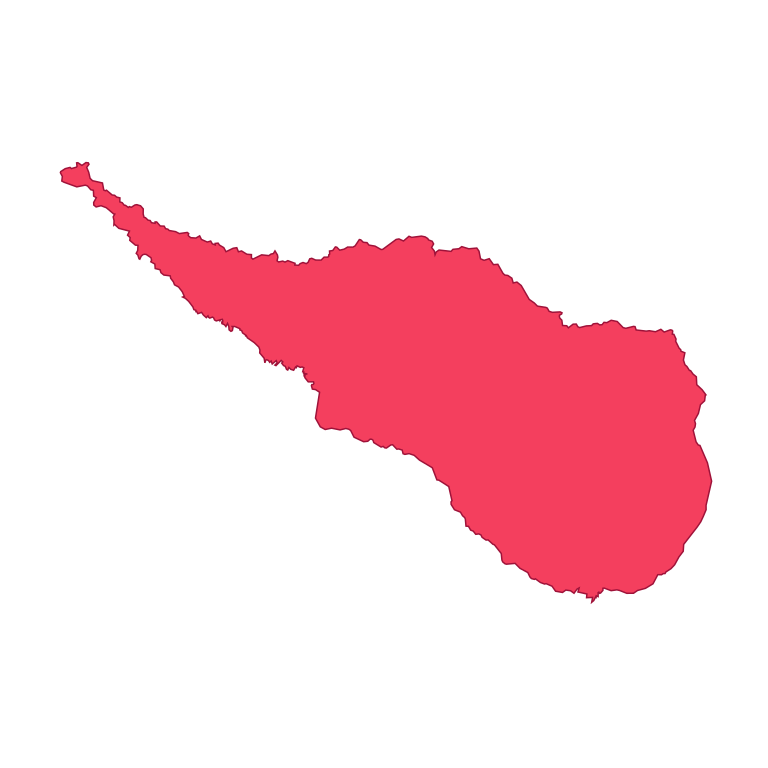 outline of Xico, Veracruz, Mexico, rotated 182°
{"feature_id": "50627088B25862533799100", "entity_name": "Xico", "entity_type": "district", "adm_level": 2, "iso_a3": "MEX", "parent_name": "Mexico", "parent_adm1": "Veracruz", "projection": "albers", "projection_center": [-97.003, 19.446], "detail": "fine", "context": "isolated", "style": "filled", "palette": "rose", "viewbox_px": 768, "rotation_deg": 182, "n_neighbors": 0, "source": "geoboundaries", "source_scale": "gbopen_adm2", "svg_char_len": 6122}
<svg xmlns="http://www.w3.org/2000/svg" viewBox="0 0 768 768"><g transform="rotate(182 384 384)"><path d="M63.0,378.4L62.5,384.2L61.9,384.4L65.9,389.4L71.4,394.2L72.1,402.1L75.5,404.7L78.1,408.1L79.2,408.2L81.9,412.1L83.9,413.7L85.6,418.4L84.4,425.7L88.3,427.1L88.7,428.7L90.3,430.1L94.0,436.9L93.7,439.1L96.0,443.7L97.6,443.9L97.3,447.0L98.2,447.9L99.8,448.1L105.8,445.7L109.2,448.3L114.5,445.7L120.7,446.5L123.8,446.0L133.9,446.8L135.1,450.1L136.6,450.3L144.3,448.1L147.0,448.7L153.1,454.6L159.2,455.6L163.4,453.1L166.3,453.3L168.1,450.9L170.5,450.6L172.8,452.0L174.7,451.8L177.0,451.4L178.6,449.6L183.9,449.1L190.5,447.2L192.3,448.0L193.9,450.6L197.1,450.4L201.7,446.6L203.4,448.6L207.6,448.7L208.5,454.0L210.6,456.0L211.1,457.5L211.0,458.9L208.9,460.2L208.6,461.4L210.5,462.2L218.3,461.5L221.5,462.4L223.5,465.6L224.9,466.2L233.4,467.2L236.6,470.2L241.8,473.6L250.3,487.2L254.7,490.5L258.4,489.5L259.9,494.2L264.0,496.8L267.1,497.1L269.0,498.8L274.4,507.6L278.8,507.1L283.2,512.9L288.3,511.1L291.9,512.5L293.7,520.1L296.0,523.1L304.0,522.1L311.1,524.0L313.9,521.8L319.8,521.0L321.6,518.9L333.7,519.8L336.4,517.8L337.5,514.9L338.3,518.6L341.2,522.1L339.3,525.7L340.8,528.3L344.6,529.6L345.3,530.9L348.1,532.5L351.8,533.1L361.4,531.5L364.2,532.5L369.5,527.6L374.1,529.5L376.9,528.9L390.0,518.5L391.6,518.3L397.8,521.5L403.9,522.3L405.9,524.7L409.6,524.9L412.3,527.3L413.7,527.5L417.7,521.0L419.9,519.7L425.1,519.6L428.5,517.4L432.9,516.2L436.0,519.1L437.4,519.3L439.9,515.6L443.1,515.0L442.8,512.0L443.7,511.2L443.8,509.4L444.8,508.8L448.3,508.7L451.2,505.6L456.7,505.5L460.6,507.1L462.6,506.5L464.1,502.9L465.9,501.6L469.2,502.6L472.0,501.4L473.5,499.6L477.3,499.8L477.1,501.5L484.4,503.9L487.2,502.4L489.5,503.3L493.6,502.3L495.2,503.4L494.5,506.9L495.0,509.2L497.6,513.2L499.1,510.5L501.5,509.9L503.5,508.3L510.8,508.8L519.4,504.2L520.9,505.4L521.0,508.7L525.6,508.9L531.0,512.0L534.1,511.1L535.9,515.1L539.5,514.4L546.5,510.7L548.9,514.7L553.3,517.1L554.7,519.0L557.7,518.6L557.5,517.1L560.5,518.1L562.2,520.8L565.6,519.7L571.5,522.1L573.4,525.6L577.1,523.3L582.3,523.5L584.5,525.2L584.9,525.9L584.4,527.5L585.9,528.6L593.8,527.2L597.6,529.0L604.0,529.9L605.4,531.2L607.7,531.6L609.2,534.1L613.1,534.1L616.8,538.0L618.4,538.0L618.4,536.6L622.0,537.1L623.4,539.2L625.5,539.5L628.2,541.9L629.6,542.2L630.6,545.5L630.7,550.6L633.5,553.6L637.3,554.6L639.2,554.2L642.7,551.8L644.7,552.4L645.7,551.5L648.5,553.5L649.8,553.6L652.0,556.1L654.4,556.8L654.4,560.8L657.8,561.5L659.8,563.2L662.3,563.4L668.1,568.0L669.2,567.4L670.8,568.0L672.4,575.1L682.4,577.0L684.9,579.3L686.5,585.3L688.7,590.1L686.5,593.3L687.2,594.7L689.6,594.9L693.5,591.9L697.7,594.5L698.9,594.3L698.4,590.8L698.9,590.0L703.9,588.4L705.3,589.5L710.1,588.1L714.5,585.0L714.8,583.9L712.7,580.2L713.1,575.6L710.9,574.5L697.9,570.3L689.5,572.3L687.2,571.6L683.8,567.9L681.2,567.4L680.7,561.6L678.0,560.2L680.5,555.3L680.3,552.7L677.9,550.9L673.0,552.3L667.7,550.5L660.2,544.6L659.0,544.4L660.5,541.6L659.5,537.8L659.5,533.4L658.8,534.1L654.4,530.3L643.7,527.9L645.5,523.8L642.8,521.5L643.1,518.7L637.3,514.1L634.7,514.0L634.8,508.9L636.2,505.9L634.5,504.3L633.2,500.6L632.4,500.2L631.2,503.1L629.6,504.8L628.0,505.3L626.2,505.2L621.3,502.1L620.6,499.6L621.3,498.0L617.2,495.9L616.7,491.4L611.8,490.4L610.8,487.5L607.8,485.2L601.4,484.6L600.9,482.2L598.1,478.8L596.8,475.8L592.7,473.8L588.8,469.1L586.6,464.6L588.2,463.9L585.5,462.7L582.1,459.8L577.7,454.4L576.6,451.7L574.6,451.1L574.5,449.8L573.8,449.9L572.5,447.8L568.8,449.2L566.9,446.6L563.9,444.1L562.3,446.0L561.6,444.5L560.4,443.8L557.7,444.9L556.6,444.2L555.6,442.1L553.9,441.2L550.6,442.2L550.2,441.4L549.5,442.6L547.8,443.0L547.3,441.5L547.4,440.5L547.8,440.9L548.3,440.1L548.1,438.7L545.4,437.6L544.0,435.9L542.5,439.1L541.1,436.0L540.7,432.7L538.8,431.3L537.4,432.1L536.9,435.2L537.7,436.2L535.2,436.3L530.0,434.3L529.9,433.0L528.1,432.4L527.1,430.1L524.2,428.2L524.0,427.3L523.3,427.6L522.2,425.4L515.2,420.9L510.3,416.5L509.2,413.6L509.3,410.7L504.7,405.6L503.8,401.0L502.9,403.8L502.0,404.2L500.2,403.4L499.0,401.7L497.6,403.0L496.4,400.1L492.5,403.6L491.5,401.4L493.7,399.1L492.6,398.6L487.6,404.0L485.9,402.5L487.0,401.3L485.0,398.9L483.3,398.2L481.9,395.2L480.7,394.6L479.6,397.2L477.7,395.4L474.8,394.6L473.0,397.9L472.2,397.3L471.5,399.1L468.2,397.7L466.5,398.2L464.7,397.5L465.7,393.4L464.5,393.1L464.8,392.1L464.2,391.7L460.9,391.4L464.2,390.7L464.1,389.5L462.6,389.8L464.0,389.3L463.0,387.2L459.8,383.5L454.5,383.7L454.1,382.2L454.6,381.1L456.1,380.9L456.5,379.8L455.4,376.4L452.2,376.0L448.1,373.5L451.3,347.5L446.2,339.0L441.2,336.5L434.9,338.0L426.3,336.6L420.6,338.2L417.6,337.6L415.7,336.4L412.1,329.8L402.3,325.6L398.2,326.2L395.9,328.4L394.3,328.3L393.0,327.4L392.2,325.1L384.7,320.9L382.7,321.6L380.9,320.2L379.3,320.1L375.1,323.3L373.3,323.6L368.9,319.3L367.1,319.6L363.5,318.6L362.5,315.0L360.7,314.4L356.5,315.3L351.4,313.8L345.9,309.2L332.8,302.0L327.8,290.0L325.8,289.8L315.7,283.8L312.0,269.8L312.9,268.5L312.7,266.0L309.2,260.8L303.1,258.6L300.9,255.1L298.7,253.3L298.0,251.9L297.1,244.8L294.6,244.7L292.3,241.0L289.7,240.1L287.1,237.0L284.0,237.5L281.8,236.5L280.7,234.3L279.1,233.2L276.6,231.6L274.5,231.8L269.5,227.6L268.1,227.2L260.9,218.7L260.0,212.1L259.1,210.3L256.9,208.6L255.4,208.2L246.7,209.3L241.6,204.5L233.7,200.6L231.4,196.2L229.9,194.7L226.8,194.0L225.9,194.6L220.8,191.1L216.6,189.7L215.0,190.1L209.0,187.8L205.3,182.9L198.3,181.9L195.1,184.4L190.4,183.9L186.8,181.5L183.9,185.8L181.9,187.0L182.9,182.9L173.9,181.2L174.1,177.5L168.1,178.0L168.8,173.1L166.8,174.9L165.2,178.3L164.6,178.0L164.5,179.7L162.6,179.0L162.7,183.0L162.0,183.5L161.2,182.3L160.2,182.7L158.0,185.4L158.1,187.5L156.7,187.7L149.8,185.4L144.1,186.4L141.4,185.9L134.1,183.3L127.3,183.6L123.4,186.5L115.6,188.9L108.2,193.7L103.7,203.0L99.9,203.1L98.5,204.2L96.5,204.4L95.7,206.0L90.7,209.5L87.2,213.5L83.2,221.5L79.1,227.3L78.9,234.2L66.1,251.9L62.6,257.4L60.3,262.8L57.7,269.6L57.9,274.0L53.2,298.3L58.0,316.5L66.1,333.6L67.8,334.0L70.1,337.1L73.4,348.6L71.7,351.8L71.3,355.2L72.4,358.4L68.8,365.5L67.0,374.4L63.0,378.4Z" fill="#f43f5e" stroke="#9f1239" stroke-width="1.5"/></g></svg>